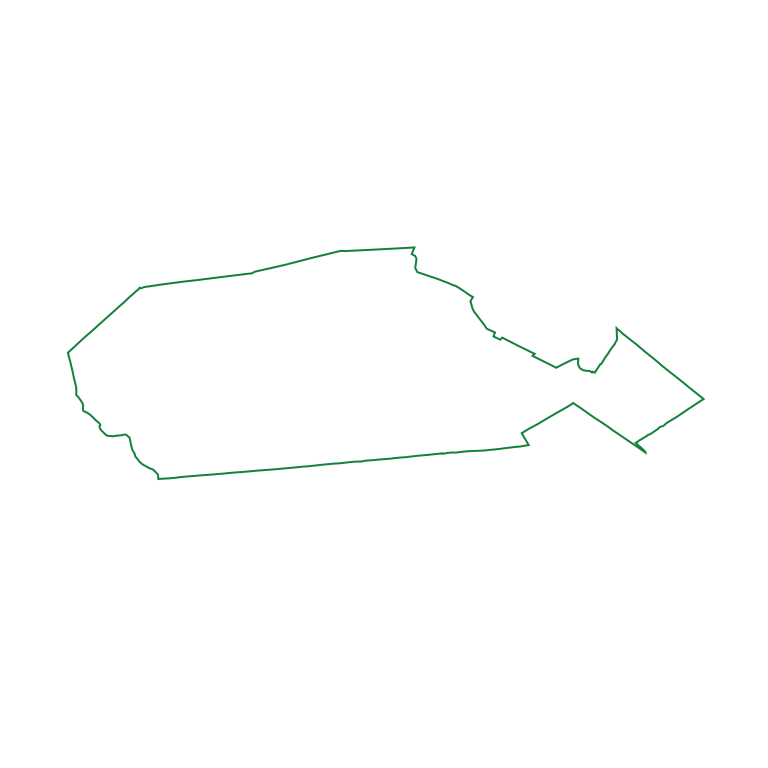 outline of Didesti, Teleorman, Romania, rotated 192°
{"feature_id": "2599482B46848008885107", "entity_name": "Didesti", "entity_type": "district", "adm_level": 2, "iso_a3": "ROU", "parent_name": "Romania", "parent_adm1": "Teleorman", "projection": "natural_earth1", "projection_center": [24.889, 44.225], "detail": "fine", "context": "isolated", "style": "outline", "palette": "green", "viewbox_px": 768, "rotation_deg": 192, "n_neighbors": 0, "source": "geoboundaries", "source_scale": "gbopen_adm2", "svg_char_len": 6150}
<svg xmlns="http://www.w3.org/2000/svg" viewBox="0 0 768 768"><g transform="rotate(192 384 384)"><path d="M382.6,523.9L403.5,518.2L449.4,506.0L453.9,505.3L481.9,491.8L507.4,479.1L533.7,467.0L536.3,464.7L539.6,463.7L546.5,461.3L562.8,455.7L590.4,446.1L599.5,443.1L611.5,438.9L624.4,434.3L629.1,432.5L634.7,430.4L635.9,430.1L637.3,429.5L638.6,429.0L639.5,428.5L640.5,427.7L641.2,427.3L642.4,427.0L642.8,427.0L643.0,427.2L643.3,426.5L643.8,425.7L644.5,424.7L646.4,422.5L646.8,421.8L647.2,421.2L647.7,420.4L648.5,419.4L649.8,417.7L651.2,415.9L653.0,413.2L654.9,410.4L657.1,407.5L659.0,405.0L661.4,401.6L665.8,395.6L670.0,389.9L673.0,385.7L675.4,382.5L678.5,378.1L683.0,372.1L685.4,368.9L690.4,362.0L695.0,355.4L697.8,351.5L699.0,349.8L699.7,349.0L697.4,344.2L696.7,342.7L695.8,341.3L693.9,337.1L691.6,332.4L688.5,325.3L686.3,320.8L685.2,318.5L684.5,316.9L684.1,315.7L683.9,314.7L683.5,313.3L683.1,311.2L683.0,310.2L683.0,309.7L682.6,309.3L680.6,307.9L679.3,306.8L677.9,305.5L676.6,304.2L675.2,302.8L674.7,302.1L674.0,300.9L673.7,300.3L673.7,299.7L673.6,298.4L673.3,297.0L672.9,296.0L672.6,295.4L672.2,295.1L671.6,294.9L670.5,294.6L669.0,294.4L667.8,294.0L664.6,292.6L663.2,291.7L661.8,291.0L660.9,290.3L659.5,289.3L657.9,288.3L657.0,287.9L655.8,287.2L654.8,286.7L654.0,286.2L653.3,285.5L652.9,284.8L653.1,284.6L653.4,284.2L653.5,283.9L653.4,283.4L653.1,282.4L652.5,281.4L652.0,280.8L651.3,280.2L650.4,279.5L649.4,278.9L648.3,278.3L646.5,277.0L645.4,276.4L644.1,276.0L643.5,275.9L643.0,275.8L640.9,276.3L639.9,276.3L639.2,276.3L638.6,276.4L637.0,277.0L636.3,277.2L635.3,277.8L634.6,277.9L632.4,278.5L630.1,279.3L629.5,279.6L628.5,280.1L627.9,280.4L626.7,280.7L626.0,280.7L625.4,280.7L625.0,280.5L624.1,279.8L623.8,279.6L622.6,279.3L622.3,279.1L622.0,278.8L621.7,278.4L621.4,277.8L620.6,276.1L619.8,274.2L619.2,272.8L618.1,270.6L617.0,268.4L616.1,266.9L615.5,266.2L614.8,265.5L614.3,265.0L613.6,264.1L613.1,263.3L612.4,261.9L611.9,261.3L611.6,260.9L610.7,260.3L608.1,258.1L607.1,257.3L606.1,256.7L603.9,255.4L602.8,254.9L601.8,254.6L599.0,253.9L598.3,253.7L597.9,253.5L597.5,253.2L597.2,253.1L595.1,252.7L593.5,252.6L592.8,252.4L592.1,252.2L591.5,252.0L591.0,251.6L590.5,251.2L590.1,251.1L587.6,249.3L586.9,248.9L586.5,248.6L586.2,248.1L586.0,247.6L585.5,246.1L585.4,245.5L585.2,244.7L584.9,244.1L584.0,244.4L583.1,244.7L579.9,245.6L578.1,246.1L575.1,246.9L570.2,248.4L568.1,249.0L566.8,249.5L564.9,250.2L563.5,250.7L562.1,251.1L559.4,252.0L556.3,252.9L552.1,254.1L551.0,254.5L549.4,254.9L546.1,256.0L543.0,256.9L535.0,259.2L533.0,259.8L528.7,261.1L526.3,261.9L524.3,262.4L522.4,263.0L516.7,264.8L514.8,265.4L509.6,267.0L507.4,267.6L504.8,268.3L503.1,268.8L501.3,269.4L496.6,270.8L493.8,271.7L492.0,272.3L490.4,272.8L486.4,273.9L485.0,274.4L483.2,274.9L481.7,275.3L478.9,276.2L476.9,276.7L475.2,277.3L472.5,278.0L462.9,281.0L454.3,283.7L451.6,284.5L448.3,285.6L445.3,286.6L443.4,287.1L442.6,287.2L434.9,289.8L431.8,290.8L428.6,291.9L422.2,293.9L419.0,294.9L414.3,296.3L410.9,297.2L405.6,299.0L396.6,301.9L395.5,302.2L393.6,302.7L391.7,303.0L390.0,303.5L388.2,304.3L387.2,304.8L386.6,304.9L386.2,305.0L384.5,305.7L378.6,307.3L373.4,309.0L371.0,309.7L367.2,310.8L360.6,312.8L360.3,312.9L360.1,313.0L359.9,313.2L358.5,313.6L352.9,315.4L345.9,317.4L345.1,317.8L337.4,320.4L325.4,324.1L320.8,325.6L312.7,328.2L312.7,327.9L309.7,328.8L307.8,329.7L306.1,330.2L303.3,331.1L301.2,331.5L299.6,331.8L298.9,332.0L298.1,332.3L296.9,332.8L295.9,333.1L292.9,334.1L289.3,335.3L288.1,335.6L286.9,336.0L284.3,336.6L282.0,337.3L280.4,337.6L278.3,338.2L273.1,339.5L269.0,340.8L266.7,341.6L264.6,342.2L260.6,343.5L257.0,344.7L252.8,346.2L241.8,350.0L238.2,351.0L235.9,351.9L233.7,352.8L231.5,353.7L229.8,354.3L232.1,356.9L236.8,362.0L239.1,364.5L235.4,368.0L232.8,370.4L228.4,374.2L225.6,376.5L218.8,382.8L209.0,391.8L206.4,394.0L198.1,401.4L196.6,403.0L195.0,404.7L191.3,403.2L185.5,400.9L183.0,399.8L174.7,396.2L169.6,394.1L166.4,392.9L162.4,391.4L155.3,388.5L152.8,387.4L151.7,386.8L150.7,386.3L145.3,384.2L137.5,381.0L133.4,379.3L126.5,376.5L124.2,375.6L114.0,371.3L114.1,371.5L114.3,371.9L114.9,372.5L115.5,372.9L117.0,373.7L119.0,375.0L119.5,375.3L121.7,376.4L125.6,378.8L124.8,379.4L124.1,380.1L122.6,381.8L121.7,382.7L120.8,383.4L118.8,385.4L116.2,387.7L115.9,388.3L115.1,389.0L112.8,390.7L111.9,391.5L110.0,393.6L108.7,394.9L107.9,395.7L106.5,397.3L105.7,398.7L105.2,399.3L102.2,401.0L101.6,401.5L100.2,403.6L99.3,404.7L97.1,406.8L90.6,412.9L88.5,415.1L86.1,417.6L83.7,420.1L80.3,423.6L77.4,426.5L75.3,428.7L68.3,435.7L70.1,436.7L74.3,438.8L80.5,441.9L85.7,444.5L91.9,447.8L96.6,450.1L107.2,455.3L112.4,457.9L115.7,459.6L126.6,465.5L129.3,466.8L133.3,468.8L135.4,469.8L138.5,471.6L140.8,472.7L142.6,473.7L144.4,474.7L145.8,475.5L147.2,476.1L148.6,476.8L149.6,477.3L151.1,478.0L156.1,480.5L160.9,482.8L163.0,484.1L164.8,485.1L166.8,486.1L168.1,486.9L167.0,482.7L166.4,480.1L165.9,478.8L165.6,477.7L165.4,476.1L165.4,475.5L165.5,475.1L165.7,474.3L166.2,473.1L166.4,472.1L166.7,470.9L167.2,469.9L168.0,468.3L169.9,463.9L171.0,460.8L171.8,458.8L172.3,458.0L173.5,454.9L174.2,452.8L175.0,450.4L175.5,449.2L175.8,448.8L176.1,448.5L176.5,448.4L180.2,438.9L180.5,439.0L180.8,439.0L181.4,439.3L182.1,439.4L182.4,439.4L182.6,439.3L182.8,439.0L183.0,438.5L183.5,438.7L184.2,439.1L184.8,439.4L185.9,439.4L187.7,439.2L189.2,439.0L190.7,438.9L191.7,438.9L192.9,439.2L194.5,439.7L195.8,440.4L196.6,441.3L197.9,443.1L198.6,444.6L198.7,445.1L198.8,445.8L198.9,447.5L199.2,449.2L200.7,448.8L202.7,448.0L203.9,447.4L205.0,446.9L205.7,446.3L207.1,445.2L209.7,443.2L213.0,440.6L218.3,436.3L218.9,435.7L221.3,436.4L239.2,441.0L244.5,442.4L242.9,444.8L254.0,447.6L260.5,449.2L266.3,450.8L276.4,453.5L278.1,453.9L279.5,451.5L286.8,453.3L286.1,457.5L291.1,458.6L294.9,459.4L298.9,463.2L306.4,469.6L308.3,471.3L309.4,472.2L310.9,473.4L311.2,473.8L312.7,475.7L313.3,476.5L315.2,480.3L315.9,481.6L316.6,482.6L316.7,482.8L316.5,483.3L315.7,485.9L315.0,487.5L320.6,489.4L322.4,490.3L330.9,493.7L333.9,494.7L335.8,495.0L337.7,495.2L344.5,496.6L347.4,496.9L352.6,497.8L374.7,500.4L377.6,504.1L378.2,513.1L380.1,515.7L383.9,516.8L382.6,523.9Z" fill="none" stroke="#15803d" stroke-width="2"/></g></svg>